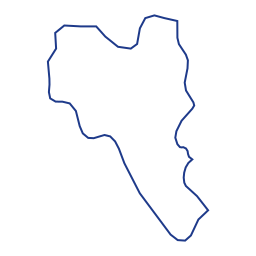 map outline of Noumbiel (Albers equal-area conic projection)
{"feature_id": "BFA-5989", "entity_name": "Noumbiel", "entity_type": "Province", "adm_level": 1, "iso_a3": "BFA", "parent_name": "Burkina Faso", "parent_adm1": "", "projection": "albers", "projection_center": [-2.901, 9.751], "detail": "fine", "context": "isolated", "style": "outline", "palette": "blue", "viewbox_px": 256, "rotation_deg": 0, "n_neighbors": 0, "source": "natural_earth", "source_scale": "10m", "svg_char_len": 922}
<svg xmlns="http://www.w3.org/2000/svg" viewBox="0 0 256 256"><path d="M93.7,138.2L88.2,137.9L82.8,133.4L79.7,126.1L75.9,111.0L69.7,103.4L62.5,101.7L55.6,101.6L50.2,98.4L48.9,92.1L49.5,84.7L49.4,78.7L47.9,61.6L56.1,48.6L55.2,32.9L64.3,25.5L80.7,26.4L96.2,26.4L105.3,36.6L118.0,46.8L130.8,48.6L137.1,44.0L139.9,28.3L145.3,18.1L154.4,15.4L164.4,18.1L177.3,21.0L177.4,37.8L178.9,44.1L185.9,54.7L187.9,60.3L187.5,68.4L184.7,82.6L186.0,90.5L193.4,102.4L194.2,105.5L192.3,108.7L181.6,120.7L176.4,131.2L175.3,137.7L177.4,144.2L179.9,147.1L181.6,147.4L183.3,147.2L186.0,148.5L187.6,151.1L188.0,153.9L189.0,156.8L191.3,158.6L192.3,159.4L188.4,162.9L185.7,167.4L184.2,172.6L183.7,177.6L184.3,182.7L185.9,186.0L197.0,196.1L208.1,210.3L198.4,219.5L190.9,235.5L185.1,240.6L177.7,240.1L170.6,234.6L139.8,193.3L124.4,163.3L118.9,148.7L115.1,141.4L110.2,136.4L104.4,135.0L93.7,138.2Z" fill="none" stroke="#1e3a8a" stroke-width="2"/></svg>